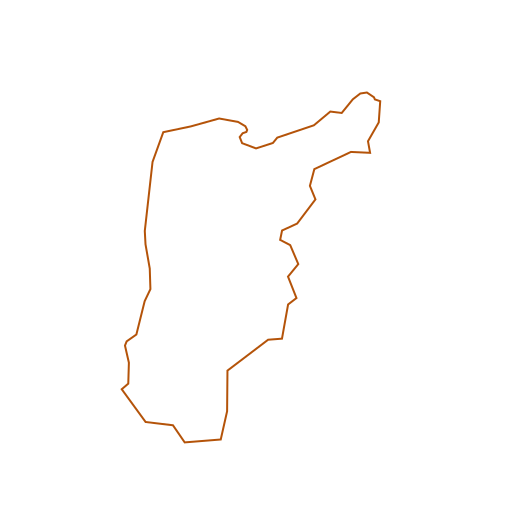 Northumberland, Virginia, United States of America (Equal Earth projection), rotated 245°
{"feature_id": "52423323B72181240507499", "entity_name": "Northumberland", "entity_type": "district", "adm_level": 2, "iso_a3": "USA", "parent_name": "United States of America", "parent_adm1": "Virginia", "projection": "equal_earth", "projection_center": [-76.396, 37.858], "detail": "fine", "context": "isolated", "style": "outline", "palette": "amber", "viewbox_px": 512, "rotation_deg": 245, "n_neighbors": 0, "source": "geoboundaries", "source_scale": "gbopen_adm2", "svg_char_len": 857}
<svg xmlns="http://www.w3.org/2000/svg" viewBox="0 0 512 512"><g transform="rotate(245 256 256)"><path d="M200.8,274.9L223.8,276.3L230.8,290.9L251.4,291.6L260.4,284.7L268.1,290.4L268.0,307.0L282.2,333.8L296.8,334.5L310.1,345.6L310.2,386.0L301.3,403.0L312.7,406.0L325.2,423.7L343.8,434.0L347.7,429.9L350.0,430.0L357.3,425.6L359.2,419.2L357.1,410.0L349.4,394.1L355.5,384.4L350.0,363.7L354.3,325.3L351.3,319.1L353.5,301.5L364.1,291.1L370.7,291.5L372.9,295.8L372.5,299.7L374.0,301.3L378.1,301.2L385.1,296.4L396.2,280.7L401.0,251.7L407.4,224.3L385.0,202.0L325.7,165.8L313.3,160.8L289.5,154.4L270.6,146.3L262.1,136.0L235.4,114.4L233.3,102.7L230.2,99.4L213.0,95.7L194.3,86.3L192.0,78.0L152.2,85.8L137.7,109.2L117.2,112.6L104.6,146.5L127.5,164.2L164.2,181.7L175.0,231.6L170.1,244.6L198.5,264.6L200.8,274.9Z" fill="none" stroke="#b45309" stroke-width="2"/></g></svg>